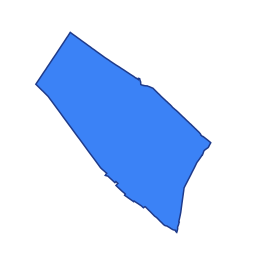 outline of Boekel, Noord-Brabant, Netherlands, rotated 226°
{"feature_id": "6326949B38517074221522", "entity_name": "Boekel", "entity_type": "district", "adm_level": 2, "iso_a3": "NLD", "parent_name": "Netherlands", "parent_adm1": "Noord-Brabant", "projection": "natural_earth1", "projection_center": [5.678, 51.606], "detail": "fine", "context": "isolated", "style": "filled", "palette": "blue", "viewbox_px": 256, "rotation_deg": 226, "n_neighbors": 0, "source": "geoboundaries", "source_scale": "gbopen_adm2", "svg_char_len": 4419}
<svg xmlns="http://www.w3.org/2000/svg" viewBox="0 0 256 256"><g transform="rotate(226 128 128)"><path d="M59.9,177.3L60.2,177.3L60.7,177.3L61.2,177.2L63.3,177.0L68.4,176.3L69.7,176.1L69.8,175.9L70.0,175.8L70.4,175.6L70.7,175.7L71.0,175.7L71.9,175.5L72.5,175.5L72.7,175.8L73.8,176.0L74.5,176.0L74.8,176.1L75.0,176.1L75.7,176.1L76.6,176.1L78.8,176.0L79.3,176.0L79.9,176.0L81.5,175.9L82.9,175.9L84.7,175.8L85.6,175.8L85.8,175.7L86.2,175.8L86.3,175.8L87.8,175.7L88.1,175.6L90.3,175.6L91.7,175.5L94.3,175.4L95.6,175.4L98.7,175.2L100.1,175.2L101.4,175.1L102.6,175.1L105.0,175.0L106.8,174.9L107.0,174.9L107.6,174.8L109.3,174.6L109.6,174.6L109.9,174.6L110.7,174.5L111.7,174.4L112.1,174.4L112.5,174.4L113.1,174.5L113.5,174.5L113.9,174.5L114.4,174.5L115.5,174.5L116.6,174.4L116.9,174.4L117.0,174.4L118.2,174.3L119.4,174.3L120.5,174.2L121.7,174.1L122.9,174.1L124.0,174.0L125.7,173.9L126.3,173.9L127.0,173.8L129.8,173.8L131.0,173.8L132.2,173.7L132.6,173.7L133.1,173.7L138.3,173.6L139.2,173.6L142.8,172.1L143.9,171.5L144.2,171.4L144.9,171.1L146.1,170.0L147.1,169.2L147.5,168.9L147.5,169.0L149.2,167.9L149.6,167.7L150.1,167.5L150.4,167.4L151.8,168.6L152.1,168.9L152.5,169.1L152.7,169.3L152.8,169.3L153.0,169.4L153.3,169.5L153.5,169.6L153.9,169.8L154.1,169.9L154.3,170.0L154.7,170.2L154.9,170.4L155.2,170.6L155.3,170.6L155.7,170.5L156.2,170.1L156.4,170.0L155.7,169.1L157.1,168.8L157.9,168.7L158.3,168.5L158.3,168.4L159.6,168.1L160.4,168.0L160.5,168.0L161.1,167.9L164.8,167.0L167.1,166.5L168.0,166.3L170.2,165.8L172.2,165.4L175.5,164.6L177.9,164.1L180.6,163.4L181.8,163.1L188.6,161.6L188.9,161.6L190.4,161.3L194.7,160.3L196.5,160.0L201.0,159.2L204.2,158.6L206.6,158.2L206.8,158.2L207.9,158.0L210.2,157.5L212.4,157.2L214.0,156.9L215.5,156.6L218.1,156.2L223.5,155.2L225.4,154.9L228.1,154.4L230.0,154.1L234.3,153.3L235.6,153.1L236.9,152.9L236.7,151.9L236.4,150.9L236.2,149.9L235.8,148.4L235.6,147.1L234.3,141.5L233.4,137.3L233.3,136.9L232.1,131.5L231.1,127.1L230.0,121.8L229.0,117.3L228.2,113.8L228.2,113.5L227.3,109.7L226.5,105.7L225.6,101.7L223.6,92.5L223.5,92.1L219.2,92.2L214.3,92.3L213.7,92.4L213.2,92.4L212.0,92.4L206.3,92.5L206.1,92.5L202.7,92.0L200.8,91.8L193.5,90.8L185.9,89.8L180.6,89.0L175.2,88.3L170.9,87.7L168.4,87.4L164.9,86.9L158.3,86.0L156.8,85.8L154.0,85.5L149.7,84.9L139.1,83.4L136.1,83.0L128.3,82.0L126.8,81.8L118.2,80.6L117.7,80.7L117.4,80.7L117.0,80.7L116.9,80.7L116.3,80.7L113.5,81.0L111.8,81.1L110.2,81.3L110.0,80.1L109.7,78.7L107.5,80.0L107.4,80.1L103.3,80.3L101.9,80.4L97.8,80.6L97.8,81.4L97.9,82.1L95.2,82.3L95.2,82.2L95.0,79.4L93.8,79.5L93.1,79.5L88.7,79.7L86.6,79.8L85.7,79.9L84.9,80.0L82.8,80.2L82.5,80.2L82.3,80.2L82.2,79.5L82.1,79.1L82.0,78.8L75.7,80.0L71.1,80.9L71.3,81.5L71.1,81.7L70.0,81.9L69.1,82.1L67.3,82.5L66.7,82.7L65.6,82.9L64.6,83.1L63.5,83.4L63.3,83.4L62.2,83.6L61.2,83.6L60.1,83.7L59.9,83.7L59.8,84.2L59.8,84.7L59.7,85.4L59.6,85.6L59.3,85.7L58.3,85.8L57.1,85.8L55.9,85.8L54.4,85.8L52.9,85.9L52.7,85.9L51.2,85.9L49.9,85.9L48.0,85.9L47.1,85.9L46.5,85.9L46.4,85.9L46.1,85.9L45.7,86.0L44.6,86.2L44.3,86.3L42.8,86.4L42.6,86.4L42.2,86.4L41.9,86.4L41.0,86.4L40.0,86.4L39.7,86.4L39.3,86.4L38.1,86.4L37.0,86.5L35.8,86.5L35.0,86.5L34.2,86.5L33.9,86.5L33.6,86.5L32.9,86.7L32.2,86.8L31.8,87.0L30.8,87.7L30.5,87.9L29.3,88.2L28.3,88.5L27.2,88.8L26.0,89.0L25.2,89.2L24.9,89.3L23.6,89.7L23.4,89.8L23.2,89.9L22.3,90.5L21.5,91.1L20.8,90.6L20.7,90.6L19.8,90.5L19.5,90.5L19.3,90.6L19.1,90.6L19.2,90.8L19.8,91.9L20.3,92.7L20.5,93.0L20.8,93.4L21.1,93.8L22.0,94.6L22.3,94.9L22.4,95.1L22.5,95.4L22.8,95.9L22.9,96.2L23.2,96.9L23.4,97.3L23.7,97.7L24.5,99.0L24.7,99.5L24.8,99.5L25.0,99.6L25.3,99.5L25.9,100.3L26.4,101.1L29.3,105.4L30.8,107.5L31.9,108.9L36.2,114.3L43.8,124.0L45.4,126.0L46.0,126.8L46.1,127.0L46.4,128.0L46.8,129.0L48.4,133.8L49.2,136.1L49.5,137.0L49.6,137.5L49.9,138.2L50.0,138.4L50.1,138.8L50.4,139.7L51.2,142.0L51.7,143.3L52.7,146.3L53.5,148.6L55.3,153.5L55.5,154.6L55.8,156.5L55.9,157.0L56.7,161.1L57.1,162.2L57.1,162.6L57.1,162.8L56.9,162.8L57.0,163.1L57.4,163.8L57.5,164.2L57.6,164.3L58.0,165.1L58.3,165.7L58.5,166.0L58.6,166.3L58.7,166.6L58.8,166.9L58.8,167.2L58.9,167.4L58.9,167.6L58.8,167.8L58.8,168.2L58.8,168.5L58.7,168.8L58.7,169.2L58.6,169.5L58.6,169.9L58.5,170.3L58.4,171.1L58.3,171.4L58.3,171.8L58.3,172.1L58.3,172.3L58.3,172.5L58.5,172.9L58.6,173.3L58.8,173.9L59.0,174.4L59.2,175.0L59.4,175.7L59.6,176.2L59.7,176.7L59.9,177.3Z" fill="#3b82f6" stroke="#1e3a8a" stroke-width="1.5"/></g></svg>